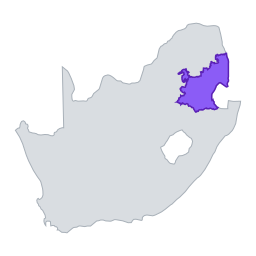 South Africa, with Mpumalanga highlighted
{"feature_id": "ZAF-1209", "entity_name": "Mpumalanga", "entity_type": "Province", "adm_level": 1, "iso_a3": "ZAF", "parent_name": "South Africa", "parent_adm1": "", "projection": "natural_earth1", "projection_center": [29.909, -25.737], "detail": "fine", "context": "in_parent", "style": "filled", "palette": "violet", "viewbox_px": 256, "rotation_deg": 0, "n_neighbors": 0, "source": "natural_earth", "source_scale": "10m", "svg_char_len": 8628}
<svg xmlns="http://www.w3.org/2000/svg" viewBox="0 0 256 256"><path d="M188.8,24.3L196.3,23.2L199.6,23.8L203.6,25.6L207.3,26.2L213.7,25.6L215.9,25.8L217.6,26.4L218.9,27.4L220.7,34.4L222.2,41.9L222.2,44.4L222.4,45.3L224.2,48.5L224.8,50.5L225.9,52.1L228.2,60.1L228.4,61.5L228.3,81.0L227.4,83.3L227.8,86.4L226.7,86.8L220.5,82.9L219.4,83.0L217.6,84.5L215.9,86.7L215.2,88.7L212.0,93.9L211.8,97.3L212.0,100.1L213.1,100.2L213.8,102.3L215.5,105.5L218.4,107.6L221.1,108.6L224.9,108.8L227.8,108.7L227.7,106.5L228.4,100.6L233.3,101.4L240.6,101.2L240.1,105.0L237.4,113.7L235.7,123.6L233.5,128.5L232.2,130.6L228.7,134.2L226.8,135.4L225.2,135.8L219.2,143.1L216.9,146.7L214.9,151.8L212.9,154.6L210.0,160.7L204.8,169.6L200.5,175.4L198.6,177.1L197.3,177.9L193.9,181.3L189.1,186.7L185.4,191.5L179.9,197.0L176.8,199.4L172.0,204.1L170.7,204.8L165.3,209.2L161.5,211.9L155.3,215.0L152.8,215.8L146.9,215.0L144.4,215.5L142.4,217.3L142.2,220.0L141.4,220.4L135.9,219.2L133.6,219.4L132.4,220.8L131.3,222.6L128.2,222.7L122.6,220.8L116.1,219.7L114.6,219.6L111.4,221.0L110.3,221.2L105.7,220.9L103.1,220.0L100.7,220.0L98.8,220.7L96.6,221.0L90.6,226.0L87.4,226.0L84.7,226.6L79.8,225.9L78.4,226.2L77.0,227.1L73.7,227.5L72.4,228.3L67.0,232.8L64.7,232.4L61.8,232.3L58.5,229.9L57.2,230.0L57.5,229.3L57.6,228.0L56.4,226.7L55.1,226.7L54.4,225.6L52.4,225.5L50.8,225.9L50.4,221.6L49.6,221.2L47.6,221.1L46.7,221.2L46.2,221.6L45.7,222.6L45.8,225.6L45.1,224.7L44.3,222.9L43.9,221.1L44.2,218.8L45.6,218.0L45.1,215.1L42.6,210.2L41.2,209.2L40.0,206.7L38.8,205.8L38.3,204.0L37.2,202.6L36.8,200.4L37.3,199.1L38.2,198.4L39.2,199.5L40.4,199.1L42.1,197.5L43.0,195.0L42.9,191.1L42.6,188.7L41.0,182.4L40.4,180.9L37.2,176.4L33.4,170.4L28.6,160.8L26.3,155.1L22.6,143.6L19.6,137.0L15.8,130.9L15.4,130.5L15.9,129.8L17.7,128.4L18.6,128.0L19.1,128.2L19.5,127.8L19.9,126.8L20.1,124.7L21.0,122.4L21.7,121.4L23.4,120.8L24.7,121.6L25.3,122.5L25.5,123.6L26.1,124.1L27.0,124.1L27.7,124.7L28.1,126.1L28.0,127.1L27.5,127.8L27.6,128.6L28.3,129.6L29.1,131.9L32.6,133.0L34.5,133.2L36.4,133.7L38.1,134.7L41.0,135.0L44.9,134.5L48.2,134.7L50.8,135.7L52.7,135.8L53.8,135.2L54.3,134.3L54.1,133.2L54.6,132.4L55.9,132.1L56.9,131.2L57.7,129.8L59.5,128.6L62.3,127.7L63.7,127.8L62.3,66.8L67.5,71.0L68.7,72.9L71.3,78.6L73.9,85.7L74.4,89.1L74.3,89.8L71.8,94.4L71.8,96.7L72.1,99.4L72.7,100.7L73.5,101.2L75.3,100.5L78.1,101.2L83.3,100.9L86.0,101.2L86.6,101.0L87.2,100.5L87.9,98.9L88.5,98.3L90.9,97.6L92.0,96.7L93.7,93.5L98.9,89.3L99.5,88.3L102.6,78.1L103.6,76.6L105.0,75.7L107.9,74.9L109.6,75.3L111.4,76.2L113.5,77.7L116.6,80.4L117.7,80.9L120.8,81.0L122.7,82.8L128.5,84.0L130.1,84.0L131.9,83.0L134.9,83.0L138.1,82.3L140.0,80.5L143.6,69.4L144.0,67.0L144.4,66.3L147.4,65.0L151.1,64.1L151.8,63.6L154.1,60.5L157.1,57.9L159.2,49.0L160.5,46.9L161.3,46.0L161.9,46.0L162.7,45.4L163.7,44.3L164.8,43.7L166.2,43.4L167.1,42.7L167.5,41.5L168.2,40.9L169.2,40.9L169.8,40.6L170.0,39.8L172.2,37.9L172.3,37.1L173.5,35.2L176.1,32.2L178.4,30.6L180.7,30.2L184.8,28.7L186.3,27.3L187.2,25.3L188.8,24.3ZM182.3,155.6L185.9,154.1L188.6,152.1L189.2,148.5L191.3,146.3L192.0,144.2L192.6,141.3L191.4,138.4L189.7,137.5L186.6,134.9L185.3,133.1L183.4,131.7L182.1,129.9L180.0,130.5L176.7,131.9L174.7,133.2L173.0,134.8L169.9,135.9L167.1,140.8L166.2,141.9L164.0,145.5L160.7,147.2L160.7,147.9L161.8,150.8L163.3,153.7L164.9,156.1L164.8,157.6L165.3,158.7L166.8,159.5L169.1,162.5L170.3,163.4L173.9,164.1L174.5,163.9L175.4,162.2L175.6,160.9L178.0,157.1L179.0,155.9L182.3,155.6Z" fill="#d9dde1" stroke="#a8b0b8" stroke-width="1"/><path d="M226.8,56.6L228.1,59.6L228.4,60.9L228.5,62.2L228.4,63.3L228.4,76.7L228.2,77.5L228.1,77.9L228.1,78.4L228.1,79.0L228.3,79.3L228.4,79.6L228.5,80.7L228.5,81.0L228.4,81.3L228.2,81.5L227.9,81.8L227.3,83.5L227.2,84.0L227.3,84.5L227.8,86.4L227.0,86.8L226.6,86.9L226.2,86.8L220.6,82.8L220.3,82.7L219.9,82.7L219.4,82.8L219.0,83.0L216.4,85.6L216.2,85.9L216.0,86.8L215.2,88.7L214.3,90.5L212.0,93.7L211.7,94.9L211.7,99.0L211.9,100.1L212.0,100.5L212.4,100.4L212.7,100.3L212.9,100.1L213.0,99.9L213.3,100.9L213.5,101.2L213.9,101.6L214.1,101.9L214.1,102.2L214.1,102.6L214.0,103.3L214.0,103.7L214.4,104.2L215.8,105.6L216.4,106.7L216.6,106.9L216.8,107.1L218.0,107.5L217.2,108.6L216.7,109.0L216.1,109.0L214.4,109.6L214.0,109.5L213.7,109.2L213.3,108.8L212.8,109.0L212.5,109.2L212.4,109.2L212.2,109.1L211.9,108.9L211.4,108.6L211.1,108.5L210.9,108.4L210.4,108.2L210.0,108.3L209.6,108.4L209.3,108.5L209.1,108.8L208.8,108.8L207.8,108.7L207.0,108.8L206.8,108.7L206.7,108.2L206.4,108.1L206.2,108.1L205.9,108.4L205.5,108.4L205.4,108.4L205.0,108.6L204.8,108.7L204.5,108.8L204.1,109.2L203.3,109.6L203.2,109.7L203.0,109.9L202.8,110.0L201.7,109.6L201.5,109.8L201.2,110.0L200.3,109.8L200.1,109.7L199.4,109.9L199.1,110.0L198.9,110.1L198.7,110.4L198.6,110.6L198.5,110.9L198.4,111.2L198.3,111.3L198.1,111.3L197.8,111.2L197.5,111.1L197.2,111.1L196.9,111.2L196.8,111.4L196.7,111.4L196.7,111.8L196.4,111.9L196.2,111.9L196.1,112.0L195.8,112.1L195.6,112.0L194.6,110.6L194.6,110.4L194.6,110.2L194.3,109.9L193.8,109.3L193.8,109.1L193.7,108.9L193.6,108.7L193.5,108.2L193.3,107.9L192.7,107.5L192.1,107.6L191.9,107.6L191.7,107.5L191.7,107.4L191.8,107.2L191.6,107.0L191.3,106.9L191.1,106.7L190.7,106.5L190.4,106.3L190.2,106.1L189.6,106.0L189.3,106.0L189.1,106.0L188.9,106.2L188.7,106.2L188.6,105.9L188.4,105.7L188.3,105.2L188.0,104.9L188.0,104.6L187.9,104.4L188.0,104.2L187.9,104.1L187.7,104.1L187.0,103.6L186.8,103.6L186.6,103.6L186.3,103.8L186.1,103.9L186.0,104.0L185.7,104.3L185.4,104.4L185.3,104.2L185.2,104.2L184.9,104.3L184.7,104.3L184.6,104.2L184.4,104.1L184.2,104.0L183.0,103.2L182.4,102.9L182.0,103.2L181.9,103.3L182.1,103.3L182.4,103.6L182.5,103.8L182.2,103.8L181.9,103.8L181.6,103.9L180.9,104.6L180.9,104.2L181.0,104.0L180.9,103.9L180.6,103.7L180.3,103.4L180.2,103.2L179.8,103.1L179.7,103.2L179.5,103.3L179.4,103.4L179.1,103.1L178.9,102.7L178.7,102.6L178.4,102.5L178.1,102.6L177.9,102.5L177.1,102.1L177.0,101.9L176.9,101.9L177.6,101.5L177.5,101.3L177.6,100.8L177.8,100.6L178.0,100.3L178.4,100.0L179.0,99.7L178.8,98.9L178.9,98.0L179.6,97.9L179.8,97.6L180.0,97.4L180.3,97.3L180.4,97.2L180.6,96.8L180.7,96.5L180.7,95.4L181.4,96.0L182.1,96.0L182.3,95.5L183.4,95.7L183.9,95.6L184.3,94.1L185.3,93.7L185.0,92.8L184.7,92.6L184.5,92.2L183.3,92.7L182.6,92.3L182.0,91.9L181.9,91.2L180.7,90.7L180.8,90.0L180.7,89.5L180.2,89.2L180.3,88.4L180.7,88.0L181.4,88.0L181.6,87.1L182.1,86.6L183.1,87.0L183.7,86.9L184.1,87.3L185.3,87.2L185.6,86.6L185.5,85.3L186.0,85.0L186.3,84.9L186.5,84.5L186.3,84.1L186.3,83.8L186.6,83.2L186.7,82.5L186.6,82.1L186.8,81.7L187.6,80.9L187.8,79.8L188.2,79.3L188.3,78.9L188.2,78.8L187.9,79.0L187.5,79.0L187.1,79.4L187.2,79.9L186.4,80.4L186.0,79.6L185.7,79.4L185.4,79.7L185.3,79.3L185.1,78.8L184.4,79.5L184.6,80.1L184.9,80.0L185.2,81.0L184.7,81.0L184.8,81.6L184.8,82.0L183.9,82.2L183.9,81.2L183.4,80.9L183.1,81.8L182.6,81.5L182.0,79.2L182.0,78.3L181.9,77.5L182.2,77.0L182.0,76.0L183.5,75.1L183.8,74.3L184.1,74.3L183.7,72.4L183.1,72.5L181.7,73.1L180.4,73.5L180.0,73.8L179.8,74.0L179.3,74.1L178.7,74.2L178.4,74.1L178.2,73.8L178.2,73.6L178.3,73.4L178.5,73.3L178.9,73.0L179.5,72.7L179.6,72.4L179.9,72.3L180.2,72.1L180.6,72.0L181.2,71.8L182.0,71.3L181.7,70.7L182.6,69.9L183.4,69.5L183.7,69.4L184.0,69.4L184.8,69.5L186.0,68.9L186.2,69.4L185.7,69.8L185.9,70.5L186.3,70.5L186.7,71.7L187.4,71.4L188.1,71.6L188.9,72.3L188.3,72.9L187.7,72.8L187.7,74.0L187.6,74.9L188.4,75.3L188.5,75.7L189.4,75.5L189.5,76.0L189.1,77.0L189.8,76.7L190.0,77.2L190.5,77.1L190.8,76.7L191.8,76.7L192.0,77.2L192.7,77.3L193.5,77.2L194.4,77.3L195.7,77.1L196.4,76.6L197.8,77.0L198.0,76.5L199.0,76.7L199.4,76.2L200.1,76.0L201.0,76.0L201.0,74.6L201.0,73.0L200.6,72.0L201.4,71.7L202.1,72.2L202.6,72.5L203.0,72.3L203.0,71.0L203.5,70.8L203.4,70.3L203.4,69.0L203.5,68.1L205.8,68.4L206.0,68.1L206.8,68.0L207.7,69.6L208.2,69.0L209.5,68.1L210.0,67.5L210.1,66.8L209.7,66.3L209.8,66.1L210.4,66.1L210.9,65.6L210.6,64.7L210.2,64.1L210.7,63.7L211.1,63.5L211.0,62.4L211.1,61.7L211.5,61.6L213.0,62.8L214.3,62.6L214.4,63.5L215.5,63.3L217.8,63.1L218.4,62.3L217.8,61.1L217.1,61.1L217.0,60.2L218.2,60.0L217.5,59.0L216.7,59.2L215.6,59.2L215.5,57.0L216.1,56.5L216.3,56.0L216.3,55.5L215.8,55.5L215.9,55.2L216.6,55.0L217.0,54.9L217.2,54.5L217.6,54.5L218.0,55.0L218.2,55.6L218.6,55.2L218.8,55.1L219.3,55.2L219.5,55.2L219.7,54.9L219.9,54.8L220.0,54.8L220.4,54.9L220.6,54.7L221.0,54.3L221.1,54.2L221.8,54.5L222.1,54.6L222.5,54.5L222.6,54.4L222.7,54.5L222.9,54.7L223.0,54.7L223.3,54.3L223.5,54.2L223.8,54.1L223.9,54.3L224.0,54.5L224.4,54.7L224.7,54.7L224.8,54.6L224.9,54.0L225.0,53.9L225.6,53.3L225.8,53.3L226.0,53.4L226.5,53.4L226.7,55.9L226.8,56.6Z" fill="#8b5cf6" stroke="#5b21b6" stroke-width="1.5"/></svg>